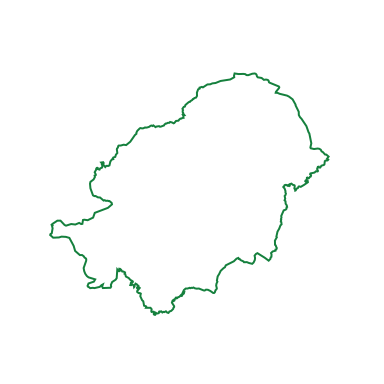 outline of Bukama, Katanga, Democratic Republic of the Congo, rotated 212°
{"feature_id": "63176286B12691977822681", "entity_name": "Bukama", "entity_type": "district", "adm_level": 2, "iso_a3": "COD", "parent_name": "Democratic Republic of the Congo", "parent_adm1": "Katanga", "projection": "mercator", "projection_center": [26.071, -8.833], "detail": "fine", "context": "isolated", "style": "outline", "palette": "green", "viewbox_px": 384, "rotation_deg": 212, "n_neighbors": 0, "source": "geoboundaries", "source_scale": "gbopen_adm2", "svg_char_len": 5970}
<svg xmlns="http://www.w3.org/2000/svg" viewBox="0 0 384 384"><g transform="rotate(212 192 192)"><path d="M282.0,166.9L281.2,165.1L282.4,163.3L282.3,162.0L284.0,161.5L284.6,162.4L285.0,162.4L285.5,162.0L285.6,161.2L285.1,159.9L285.0,157.2L282.9,155.9L282.6,155.3L283.3,154.3L282.3,153.3L282.1,150.5L283.5,146.8L282.9,145.0L280.1,141.3L274.2,136.7L272.6,136.8L271.6,137.5L268.9,137.6L267.1,138.6L262.4,137.9L261.7,138.8L260.3,138.9L258.8,140.0L258.1,140.0L257.2,140.6L254.4,140.2L253.3,139.1L254.9,134.0L263.4,122.8L262.3,117.9L265.5,112.8L268.7,111.4L269.6,110.5L268.1,106.9L269.0,106.1L271.3,106.0L273.7,102.6L277.5,100.8L281.0,96.7L282.6,96.5L288.3,98.0L291.0,96.3L293.4,91.1L293.9,89.0L293.1,89.9L292.5,89.8L292.4,88.7L291.0,87.4L289.1,82.8L289.3,81.8L289.7,81.5L289.5,80.4L285.5,79.7L280.7,83.0L279.0,85.0L275.2,87.1L271.7,88.1L263.8,83.6L259.9,80.1L253.7,79.1L251.8,80.3L249.6,80.1L248.6,79.5L246.7,79.4L246.1,79.0L245.3,77.6L243.6,70.1L241.4,67.7L239.2,66.1L236.6,65.0L234.5,64.8L227.8,66.6L227.7,64.0L231.3,59.6L230.8,57.0L229.7,56.5L228.9,56.7L227.4,56.5L225.3,58.2L223.8,58.8L220.0,62.6L219.4,65.0L218.6,66.4L218.1,64.2L216.7,63.3L210.4,67.6L210.4,68.9L211.6,70.3L212.0,73.4L210.3,77.1L210.2,79.0L214.3,86.7L212.3,86.0L211.8,86.2L211.5,86.7L212.9,88.4L212.3,88.7L211.0,88.5L209.0,87.6L208.0,88.2L206.2,88.3L205.9,86.9L205.1,87.0L203.3,85.3L200.1,85.5L197.7,84.8L195.2,84.9L194.5,84.5L194.7,83.9L195.6,83.5L195.7,82.5L195.3,81.8L195.0,80.4L194.3,80.7L193.7,82.0L191.9,81.9L190.7,80.6L190.6,81.3L191.3,82.5L191.3,84.4L189.4,84.4L188.7,83.8L187.8,84.1L187.5,83.8L187.9,81.7L187.4,81.2L186.8,81.3L186.5,83.0L185.5,82.9L186.0,78.9L185.5,78.2L183.7,78.0L182.8,78.6L181.6,78.7L180.6,76.2L177.0,73.8L175.4,73.5L172.4,70.2L170.4,70.7L169.8,70.4L169.7,69.4L165.8,71.8L164.1,71.2L163.4,69.4L162.7,68.9L161.1,70.2L160.3,70.1L160.1,68.8L159.5,68.0L158.7,68.0L158.1,68.4L158.5,70.4L157.4,70.3L156.1,71.5L156.0,72.2L156.5,73.1L155.9,73.8L155.2,73.8L154.7,74.5L153.3,74.1L152.7,75.2L151.8,75.5L150.9,77.0L149.1,76.6L147.9,77.0L147.8,78.7L146.6,80.2L146.0,82.9L146.4,84.2L146.2,84.9L146.6,85.7L150.4,87.5L150.9,89.6L150.6,90.5L149.7,90.0L149.4,90.7L149.8,91.5L149.7,93.9L149.2,94.2L148.7,93.7L148.3,94.1L148.0,95.5L147.2,96.4L146.8,98.5L145.9,98.2L145.5,98.6L145.7,99.9L145.1,101.6L145.4,102.5L146.4,100.7L146.9,104.5L146.2,106.8L144.7,107.7L143.2,109.5L142.5,109.5L141.7,110.5L141.0,110.7L140.1,111.8L138.7,111.8L136.8,112.5L135.0,113.8L130.0,114.7L129.0,115.2L128.4,116.6L126.7,117.5L124.0,117.8L120.6,117.6L119.8,118.0L119.5,119.0L120.0,121.1L119.7,122.5L119.9,123.5L121.9,125.4L122.7,127.3L122.9,129.4L123.9,130.0L125.5,134.0L125.5,136.8L125.9,140.3L124.9,144.2L124.2,145.6L124.5,147.7L119.8,155.4L118.9,159.1L117.8,160.6L116.9,160.0L116.2,160.5L114.9,160.0L111.5,160.4L110.7,160.0L108.3,161.6L106.0,162.0L102.9,163.0L102.4,164.8L102.7,167.6L103.5,169.4L105.2,171.2L104.9,173.4L104.1,174.8L95.5,174.8L90.6,174.4L90.1,176.8L90.6,178.2L90.3,179.1L91.4,181.1L92.6,182.1L92.1,184.3L90.1,186.5L90.7,187.4L90.1,188.1L90.2,189.0L90.7,189.7L91.6,190.1L92.7,191.1L93.6,191.2L95.9,194.7L96.1,198.6L96.8,198.9L98.5,203.7L98.6,207.0L99.3,210.6L98.9,212.0L100.3,213.8L101.0,213.9L101.7,215.9L102.2,216.1L102.6,217.8L103.6,218.9L104.5,225.0L103.2,226.7L103.0,227.9L103.7,229.1L103.4,229.7L104.6,230.9L106.4,231.7L107.8,233.7L109.1,234.0L109.4,235.7L111.3,237.7L111.1,238.7L111.5,240.4L112.6,241.2L113.2,242.3L115.4,244.1L117.1,244.5L117.3,244.9L116.9,246.0L117.1,246.8L116.6,247.5L115.7,248.0L114.2,247.9L113.8,248.1L114.1,248.9L113.7,249.3L112.6,248.8L112.4,249.2L113.3,250.4L112.1,251.8L110.4,251.5L108.7,252.0L108.1,251.6L107.0,249.2L106.1,248.9L105.2,247.9L104.9,248.4L105.1,250.3L104.3,251.4L104.5,253.0L104.2,253.5L102.5,254.0L100.7,257.5L98.9,261.7L99.6,262.5L101.0,261.0L101.6,261.1L101.8,261.8L101.2,263.3L102.1,265.0L101.8,265.4L100.5,265.2L100.2,265.6L100.0,267.4L99.5,268.1L99.9,269.3L101.3,269.7L101.4,270.5L98.4,273.4L97.9,275.2L96.4,276.0L96.3,276.6L98.1,277.8L98.6,280.0L98.0,280.6L97.3,280.1L96.2,280.7L96.2,282.9L94.5,284.8L94.3,285.5L95.7,288.5L95.5,289.3L93.8,290.6L93.6,291.6L95.1,291.8L94.9,294.4L97.9,294.9L99.0,294.3L102.2,295.2L103.6,295.1L105.2,296.1L106.9,296.1L108.4,295.5L111.3,293.1L114.5,292.0L115.2,292.5L116.6,296.5L123.5,303.8L124.9,304.5L129.9,308.5L137.9,312.1L140.1,312.7L142.2,313.9L144.0,316.6L150.0,320.3L150.5,321.0L155.8,323.9L160.2,324.3L162.5,324.1L169.8,321.7L172.0,321.4L173.6,320.5L173.9,321.4L173.3,326.1L173.5,327.1L174.3,327.5L184.3,325.8L184.9,325.9L186.1,327.0L187.1,327.2L188.8,326.6L190.5,325.2L193.4,325.6L197.0,324.1L198.2,324.5L199.5,325.7L200.6,326.0L201.7,325.7L203.6,324.2L206.2,320.9L207.8,320.0L209.1,320.2L210.8,319.5L215.0,316.7L218.7,315.1L218.0,312.9L217.0,311.7L219.2,307.7L226.6,301.3L229.8,296.9L232.3,294.9L233.6,293.0L235.9,291.4L238.2,286.5L239.3,286.4L240.9,284.5L240.3,283.8L241.2,282.3L240.5,278.9L238.7,276.2L238.6,274.2L239.8,272.9L240.0,271.6L240.5,271.3L240.6,270.0L241.6,268.0L241.5,267.4L242.4,266.5L243.7,262.3L243.3,260.7L244.1,259.8L244.2,257.5L243.0,256.7L242.9,255.8L242.1,254.7L241.6,254.6L241.3,254.0L239.3,253.2L240.5,252.5L239.5,251.9L238.5,250.4L239.2,250.1L239.9,248.6L240.7,248.1L241.2,246.7L241.3,245.3L243.2,243.8L243.6,241.1L244.0,240.5L245.8,240.4L247.7,239.8L247.9,238.7L249.3,237.7L249.9,236.5L250.6,236.1L251.1,234.6L251.0,233.6L253.2,230.8L254.0,230.3L254.8,230.4L256.8,228.7L257.3,227.7L260.1,228.0L260.5,227.0L261.4,227.0L262.3,226.1L262.7,224.8L263.9,223.3L265.2,222.1L266.0,221.9L267.0,220.3L268.0,219.5L269.6,218.9L270.0,218.3L270.8,214.9L270.6,212.9L270.0,211.9L270.6,210.0L271.0,201.9L272.7,196.9L275.0,195.9L277.1,193.6L278.8,192.5L278.9,191.8L278.4,190.4L278.6,189.1L278.3,188.3L276.0,185.5L276.3,183.3L275.7,181.1L277.0,179.6L277.0,178.7L276.2,178.1L277.2,177.1L277.4,174.6L276.1,170.8L276.9,169.6L278.1,169.1L278.6,168.5L278.8,167.2L281.7,168.1L282.3,169.8L283.1,170.2L284.6,168.9L283.7,168.6L283.1,167.6L282.0,166.9Z" fill="none" stroke="#15803d" stroke-width="2"/></g></svg>